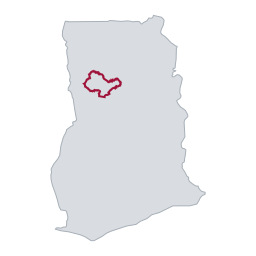 West Gonja, Northern, Ghana shown in context
{"feature_id": "2480657B54445116346139", "entity_name": "West Gonja", "entity_type": "district", "adm_level": 2, "iso_a3": "GHA", "parent_name": "Ghana", "parent_adm1": "Northern", "projection": "mercator", "projection_center": [-1.753, 9.223], "detail": "fine", "context": "in_parent", "style": "outline", "palette": "rose", "viewbox_px": 256, "rotation_deg": 0, "n_neighbors": 0, "source": "geoboundaries", "source_scale": "gbopen_adm2", "svg_char_len": 6567}
<svg xmlns="http://www.w3.org/2000/svg" viewBox="0 0 256 256"><path d="M161.4,17.2L163.6,19.3L164.1,20.5L163.3,25.1L161.7,28.4L160.7,31.4L160.8,32.9L161.8,34.4L165.2,36.7L166.9,38.3L169.0,40.6L171.3,42.9L175.4,45.8L177.1,46.4L177.0,47.2L176.4,48.3L176.1,59.3L175.7,62.2L175.5,63.6L175.1,67.7L174.7,68.3L173.9,68.3L173.2,68.4L173.0,69.2L173.3,70.1L175.7,70.7L175.2,71.3L173.4,71.9L172.6,73.1L172.9,74.5L171.9,75.6L172.2,76.4L172.9,77.0L173.9,76.8L176.7,74.9L177.9,74.7L179.4,75.1L182.1,77.9L182.2,79.4L181.1,84.2L180.0,87.9L179.8,92.9L181.0,95.7L180.8,97.2L179.6,98.6L176.8,100.5L177.0,101.8L178.3,104.2L180.6,107.0L185.3,110.3L187.7,114.7L187.8,116.5L186.3,118.3L184.7,119.8L184.1,122.1L184.9,136.8L181.2,143.1L181.2,144.9L181.5,147.0L182.5,148.3L184.4,148.7L185.9,149.9L185.4,154.4L184.6,158.9L184.4,161.1L184.0,162.2L182.5,163.0L182.0,164.5L182.4,166.2L182.1,167.5L182.9,169.2L184.5,171.4L187.2,176.6L188.3,177.0L188.7,178.1L188.4,179.2L189.5,181.5L192.4,183.8L195.6,185.9L198.1,186.1L198.7,188.0L200.4,190.3L201.6,191.3L203.5,191.9L205.1,192.3L205.1,194.2L202.3,195.6L200.4,197.6L198.9,200.6L196.9,204.0L189.9,205.8L187.2,205.8L172.8,205.9L159.4,212.5L151.7,214.8L146.9,218.6L140.5,221.2L136.0,224.4L126.7,226.0L111.5,231.0L106.8,233.0L101.9,236.5L94.1,240.6L91.0,240.6L84.9,236.7L80.3,234.8L69.0,231.9L60.6,230.7L56.5,229.5L55.4,229.2L56.3,227.9L58.7,227.8L61.2,228.2L63.0,227.1L65.8,227.0L66.5,225.9L66.7,223.1L66.7,220.9L67.6,219.9L67.9,217.2L66.5,211.4L65.6,210.7L60.7,209.9L60.3,208.7L59.4,207.5L58.5,204.4L57.4,199.9L55.7,194.4L52.4,185.2L51.6,181.9L51.0,178.6L50.9,174.6L51.5,173.2L51.4,171.1L51.1,169.1L53.5,164.4L58.0,158.6L59.0,156.6L59.8,155.1L60.0,153.1L60.8,146.4L63.0,138.3L64.3,135.2L65.3,133.6L66.4,130.9L66.7,129.6L70.9,126.4L72.8,125.6L73.2,124.3L72.6,122.9L72.9,122.0L73.9,121.5L75.4,121.2L76.6,119.9L74.8,109.9L73.3,99.9L73.3,99.0L72.4,97.6L71.6,93.5L70.1,91.1L68.2,90.4L68.2,88.1L70.2,84.3L70.7,82.0L69.7,81.4L69.6,79.6L70.3,76.8L69.9,75.0L69.6,73.2L67.5,68.8L67.0,65.7L68.1,63.9L68.0,59.9L66.9,53.8L66.7,49.9L67.5,48.3L67.1,46.7L65.6,45.3L65.5,43.9L66.8,42.5L66.6,41.4L65.0,40.6L63.6,38.7L62.3,35.7L62.6,30.9L65.0,22.1L65.3,21.3L68.0,21.4L68.0,21.8L76.4,21.7L86.1,21.6L97.6,21.5L108.1,21.4L108.6,21.0L110.3,20.5L120.9,21.4L127.5,20.9L130.3,21.2L132.4,21.8L136.9,21.4L139.4,21.7L141.2,23.9L142.0,23.9L143.0,22.9L144.8,21.9L146.7,21.0L148.0,19.3L148.8,18.0L150.0,18.2L151.8,18.2L152.9,17.1L153.4,15.4L161.4,17.2Z" fill="#d9dde1" stroke="#a8b0b8" stroke-width="1"/><path d="M85.1,86.1L85.1,86.6L85.4,86.7L86.1,87.0L86.3,87.4L86.6,87.6L86.9,87.7L87.1,87.9L87.6,88.1L87.8,88.2L87.8,88.3L88.1,88.4L88.2,88.5L88.3,88.8L88.2,88.9L88.3,89.1L88.4,89.3L88.9,89.6L89.1,89.6L89.3,89.7L89.5,90.0L89.9,90.3L90.1,90.7L90.4,90.8L90.4,91.0L90.8,90.9L91.0,91.0L91.4,90.9L91.6,91.0L91.7,90.9L91.9,91.0L92.0,91.1L92.4,91.4L92.5,91.4L92.7,91.2L92.9,91.4L93.0,91.4L93.0,91.5L93.1,91.3L93.4,90.9L93.6,90.9L93.8,90.5L94.2,90.4L94.3,90.6L94.4,90.4L94.6,90.6L95.0,90.5L95.1,90.2L95.3,90.3L95.7,90.4L95.8,90.3L96.1,90.3L96.1,90.2L96.4,90.2L96.4,90.3L96.6,90.3L96.8,90.5L97.3,90.5L97.5,90.2L98.1,90.3L98.4,90.2L99.0,90.6L99.6,90.8L99.6,91.0L99.9,91.3L99.9,91.5L100.0,91.7L99.7,92.0L99.6,92.3L99.4,92.8L99.1,93.1L99.3,93.2L99.3,93.4L99.2,93.4L99.2,93.6L99.0,94.3L99.1,94.6L99.1,95.1L99.2,95.4L99.2,96.2L104.6,97.1L104.6,96.5L104.9,95.7L105.4,95.3L105.8,95.1L106.0,94.9L106.5,94.9L106.9,94.9L107.1,95.0L107.8,94.8L108.0,94.5L108.5,94.5L108.9,94.3L109.0,94.1L109.1,93.9L109.4,93.8L109.3,93.6L109.1,93.3L109.1,93.1L108.9,93.0L108.9,92.8L108.8,92.7L108.7,92.5L108.5,92.4L108.6,92.2L108.8,92.0L109.1,91.8L109.3,91.7L109.7,91.0L109.8,90.6L110.5,90.2L110.8,90.1L111.0,89.9L111.2,89.5L111.7,89.2L111.9,89.0L112.2,88.7L112.4,88.4L113.0,88.2L113.5,87.9L113.7,88.0L113.9,88.0L114.1,88.0L114.2,87.9L114.4,87.9L114.5,87.6L114.9,87.4L115.0,87.5L115.1,87.4L115.2,87.5L115.3,87.4L115.6,87.5L115.6,87.4L115.7,87.6L115.8,87.4L115.8,87.5L115.9,87.4L116.0,87.4L115.8,86.8L116.3,86.0L116.5,86.1L117.0,86.3L117.3,86.3L117.5,86.5L117.9,86.5L118.3,86.3L118.5,86.1L119.0,85.8L119.3,85.5L119.6,85.4L119.8,85.5L119.9,85.2L120.0,85.5L120.2,85.4L120.5,84.6L120.7,83.9L120.6,83.4L120.7,82.7L120.3,82.6L120.2,82.5L120.2,82.4L120.5,82.2L120.4,81.8L120.1,81.8L119.8,81.6L119.0,80.5L118.7,80.3L118.3,79.9L118.1,79.3L117.8,79.0L117.5,78.9L117.3,78.7L117.0,78.5L116.8,78.6L116.5,78.7L116.4,78.7L116.3,78.8L116.1,78.8L116.1,79.0L116.1,78.9L115.9,78.9L115.7,79.0L115.4,79.2L115.5,79.3L115.3,79.4L115.3,79.6L115.2,79.6L114.9,79.5L115.0,79.6L114.8,79.6L114.8,79.8L114.7,79.9L114.9,80.1L114.6,80.0L114.4,80.3L114.2,80.5L114.0,80.3L113.9,80.4L113.7,80.4L113.6,80.5L113.4,80.7L113.2,80.7L112.9,80.8L112.2,80.6L112.2,80.3L112.0,80.5L111.8,80.5L111.7,80.5L111.8,80.6L111.7,80.7L111.7,80.8L111.6,80.7L111.6,80.8L111.6,81.0L111.5,81.3L111.3,81.3L111.3,81.5L111.2,81.5L111.3,81.4L111.2,81.4L111.2,81.5L110.9,81.6L110.7,81.6L110.6,81.4L110.7,81.5L110.6,81.4L110.4,81.3L110.5,81.2L110.5,81.3L110.5,81.2L110.4,81.1L110.4,80.9L110.3,80.7L110.1,80.7L110.0,80.8L109.9,81.0L109.7,81.1L109.5,81.3L109.4,81.3L109.4,81.2L109.4,81.3L109.2,81.3L109.3,81.3L109.2,81.5L109.4,81.6L109.1,81.7L109.1,81.8L108.9,82.2L108.6,82.2L108.5,81.9L108.3,81.9L108.2,81.8L108.1,81.7L108.0,81.8L107.9,81.7L107.7,81.5L107.7,81.3L107.3,80.9L107.1,80.8L106.9,80.6L106.6,80.5L106.3,80.4L106.1,80.1L105.3,79.7L104.8,79.2L104.4,79.1L104.1,78.9L104.1,78.7L103.9,78.4L103.6,78.2L103.6,77.9L103.5,77.6L103.5,77.4L103.4,77.4L103.2,77.1L103.4,76.9L103.4,76.5L103.3,76.0L103.1,75.8L102.9,75.5L102.7,75.3L102.4,74.8L102.1,74.5L101.7,74.3L99.6,74.3L99.6,74.2L99.4,74.2L99.5,73.9L99.4,73.9L98.8,73.9L98.8,73.7L98.5,73.6L98.5,73.4L98.5,73.2L98.8,73.0L98.8,72.9L98.6,72.8L98.6,72.4L98.4,72.2L98.1,72.2L97.5,72.5L97.3,72.1L97.2,72.1L96.8,72.3L96.7,72.3L96.6,72.7L96.2,72.6L96.0,72.8L95.8,72.8L95.6,72.8L95.5,72.4L95.3,72.3L95.3,71.7L94.9,71.7L94.7,71.5L94.3,71.5L94.0,71.4L93.8,71.1L93.7,71.2L93.5,71.4L93.4,71.3L93.1,71.3L93.0,71.5L92.7,71.4L92.7,71.5L92.1,71.7L91.9,71.9L91.1,72.1L90.9,72.4L90.7,72.8L90.5,73.1L90.5,73.3L90.4,73.3L90.4,73.6L90.0,73.8L89.9,74.1L89.1,74.4L89.2,74.6L89.3,75.2L89.4,75.6L89.4,75.9L89.5,76.1L89.6,76.4L89.7,76.7L89.7,76.9L89.6,77.1L89.8,77.5L89.7,77.7L89.9,77.7L90.1,78.1L89.9,78.4L89.6,78.4L89.4,78.3L89.2,78.3L88.9,78.3L88.7,78.5L88.4,78.5L88.1,78.8L88.0,79.1L87.9,79.3L87.7,79.3L87.2,79.4L87.2,79.6L86.8,79.8L86.5,80.1L86.5,80.5L85.3,82.7L85.1,82.8L84.9,83.1L84.8,83.3L84.5,83.5L84.0,83.7L84.2,83.9L84.4,83.9L84.8,84.1L84.9,84.6L84.8,84.9L84.9,85.2L85.0,85.5L85.2,85.8L85.1,86.1Z" fill="none" stroke="#9f1239" stroke-width="2"/></svg>